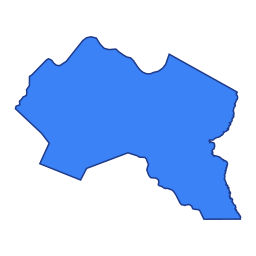 Ngchesechang, Airai, Palau (Albers equal-area conic projection)
{"feature_id": "81905179B88239301587184", "entity_name": "Ngchesechang", "entity_type": "district", "adm_level": 2, "iso_a3": "PLW", "parent_name": "Palau", "parent_adm1": "Airai", "projection": "albers", "projection_center": [134.583, 7.399], "detail": "fine", "context": "isolated", "style": "filled", "palette": "blue", "viewbox_px": 256, "rotation_deg": 0, "n_neighbors": 0, "source": "geoboundaries", "source_scale": "gbopen_adm2", "svg_char_len": 5820}
<svg xmlns="http://www.w3.org/2000/svg" viewBox="0 0 256 256"><path d="M15.4,108.7L41.5,133.2L49.2,143.2L39.8,163.7L62.3,172.7L80.6,180.0L86.6,168.4L127.9,152.8L137.1,155.7L139.3,157.1L145.0,157.5L146.3,158.9L147.3,161.7L148.5,164.6L147.7,166.3L147.5,167.3L146.8,169.8L147.8,172.7L148.6,174.8L149.7,176.6L150.9,177.7L155.5,178.0L156.5,178.4L158.4,179.9L158.8,181.7L158.3,184.8L159.3,185.7L161.9,186.5L163.6,187.8L165.4,188.5L166.9,188.3L168.5,188.7L172.3,190.1L173.1,191.0L174.2,192.2L176.1,195.2L179.9,202.7L180.8,203.9L181.5,204.7L183.0,204.9L184.2,205.3L185.2,205.4L186.4,204.8L187.9,204.7L189.0,204.5L190.6,205.3L191.6,206.0L192.7,208.7L193.8,209.1L198.4,209.7L199.6,210.3L203.9,219.2L240.3,219.1L240.3,218.7L240.4,217.6L240.6,217.2L240.5,216.8L240.3,216.2L240.0,216.2L239.9,215.8L239.5,215.1L239.2,214.7L238.9,214.6L238.7,213.6L238.4,213.2L238.1,212.9L237.8,212.9L237.6,212.7L237.4,212.5L237.2,212.1L236.9,212.0L236.9,211.4L236.8,211.1L236.7,211.0L236.5,210.9L236.5,210.7L236.5,210.4L236.3,210.0L236.2,210.0L236.1,209.9L236.0,209.7L235.8,209.7L235.6,209.8L235.6,209.7L235.8,209.4L235.7,209.1L235.6,208.8L235.1,208.6L235.4,208.2L235.8,207.5L235.5,207.0L235.6,206.4L235.4,206.1L235.3,205.6L234.9,205.1L233.8,204.6L233.5,204.1L233.3,203.7L233.2,203.2L232.8,202.5L232.6,202.2L232.4,202.2L232.2,201.7L231.9,201.5L232.3,201.2L232.4,200.5L232.5,199.4L232.0,199.0L231.7,198.4L231.2,198.3L230.8,198.7L230.5,198.8L230.4,198.5L230.2,198.5L230.1,198.1L230.1,197.5L229.9,197.4L230.2,197.1L230.1,196.7L229.9,196.6L229.8,196.4L229.8,196.0L229.5,195.9L229.6,195.6L229.9,195.2L230.1,194.9L229.9,194.5L230.0,194.0L229.8,193.8L230.2,193.6L230.5,193.1L230.2,192.1L229.8,191.9L229.5,192.0L229.7,191.6L229.5,191.1L229.2,190.6L229.0,189.8L228.8,189.3L228.8,188.5L228.3,188.4L228.6,188.1L228.7,187.7L228.3,187.6L228.4,187.4L228.0,187.0L227.8,187.1L227.6,187.0L227.9,186.7L227.7,185.8L227.2,185.6L227.4,185.6L227.5,185.4L227.1,185.2L226.8,185.2L226.4,185.3L226.2,184.9L226.7,184.8L226.7,184.5L226.4,184.3L226.3,183.2L226.0,182.6L225.6,181.9L225.4,181.3L225.3,180.8L224.9,180.0L224.7,179.1L224.2,178.9L224.5,178.3L224.6,177.6L224.9,176.9L224.7,175.5L224.5,175.4L224.7,175.1L224.7,174.7L224.6,174.0L225.0,173.8L225.5,172.9L225.6,171.9L225.3,171.6L225.6,171.0L225.9,170.6L225.6,170.4L226.0,170.2L226.0,169.7L226.2,169.1L226.1,168.5L226.4,168.2L226.2,167.8L226.7,167.6L226.8,166.2L227.0,166.0L226.9,165.8L227.2,165.7L227.5,164.0L227.3,162.8L227.0,162.1L226.5,161.6L226.2,161.3L225.7,161.0L225.1,160.8L224.7,160.7L224.3,160.7L224.0,160.8L223.9,160.7L224.0,160.4L223.9,160.1L223.6,159.8L223.3,159.8L223.1,159.6L222.8,159.5L222.4,159.5L222.3,159.3L222.0,159.1L221.7,159.0L221.6,158.7L221.2,158.4L220.4,157.7L220.0,157.4L219.7,157.1L219.2,157.1L219.0,156.8L218.2,156.5L217.6,156.4L216.6,156.1L215.7,155.9L215.4,155.8L215.2,155.8L214.8,155.8L214.4,156.1L214.2,156.3L214.0,156.2L213.9,156.0L213.7,155.6L213.6,155.2L213.4,155.1L213.1,155.1L212.9,154.8L212.9,154.6L212.7,154.5L212.8,154.1L212.7,153.8L212.6,153.5L212.4,153.4L211.8,153.5L211.8,153.3L212.5,152.9L212.7,152.5L212.8,152.1L212.6,151.8L212.4,151.6L212.1,151.5L212.1,151.1L212.1,150.9L212.3,150.4L212.6,149.6L213.1,149.3L213.7,149.1L214.1,148.6L214.1,147.9L214.2,147.5L214.4,147.2L214.7,146.6L214.7,145.9L214.5,145.3L214.3,145.0L214.5,144.7L214.5,144.2L214.2,143.4L213.9,143.0L213.5,142.8L213.2,142.7L212.9,142.6L212.3,142.4L211.8,142.4L211.5,142.2L211.1,141.9L210.7,141.9L210.3,141.7L210.0,142.0L209.9,142.2L209.8,142.5L209.7,142.4L209.7,142.0L209.6,141.9L209.3,141.8L209.3,141.7L209.5,141.6L209.6,141.1L209.7,140.9L209.5,140.7L209.5,140.4L209.3,140.2L209.8,139.9L210.1,140.0L210.4,140.1L210.8,140.0L211.6,140.0L212.6,140.1L213.0,140.0L213.4,139.8L213.6,139.6L214.3,138.9L215.0,138.5L215.2,138.2L215.9,137.9L217.0,137.5L217.9,137.2L218.7,137.1L219.1,136.9L219.7,136.7L220.1,136.5L220.3,136.3L220.6,135.9L220.9,135.6L221.1,135.5L221.4,135.3L222.2,135.0L222.5,134.7L222.9,134.4L223.0,134.0L223.0,133.6L223.4,133.2L223.7,132.9L223.9,132.6L224.0,132.3L223.9,132.1L224.3,132.2L224.5,132.0L224.7,131.9L225.2,131.6L226.0,131.3L226.6,130.9L227.1,130.6L227.2,130.4L227.5,130.3L227.7,130.1L227.6,129.9L227.4,129.6L227.4,129.4L228.0,129.5L228.3,129.6L228.5,129.3L228.6,129.0L228.6,128.6L228.4,128.3L228.0,128.1L228.5,127.7L228.9,127.2L229.1,126.5L228.9,125.8L229.3,125.4L229.9,125.2L230.2,125.0L230.5,124.4L230.7,123.9L230.5,123.6L230.2,123.3L229.8,123.2L229.6,122.8L229.8,122.8L230.2,122.9L230.6,122.8L230.8,122.4L230.9,122.1L231.1,122.0L231.5,121.7L231.8,121.3L231.9,120.9L232.1,120.4L232.0,119.2L232.5,118.7L232.5,118.1L232.9,117.9L233.1,117.5L233.6,117.0L233.8,116.4L233.8,116.2L233.8,115.9L233.6,115.4L233.2,115.4L233.2,115.1L233.8,114.6L234.0,113.8L233.8,113.2L233.8,112.2L233.7,111.9L233.3,111.6L233.2,111.1L233.4,110.5L233.5,110.1L233.4,109.9L233.6,109.5L233.7,108.7L233.8,108.1L234.0,107.5L234.2,107.1L234.4,107.0L234.7,106.7L235.0,106.4L234.9,105.9L235.2,105.6L235.3,105.2L235.2,104.7L234.6,104.2L234.9,103.9L234.7,103.4L234.9,103.3L235.5,102.8L235.7,102.4L235.9,101.4L236.2,100.8L236.5,100.3L236.5,100.0L236.8,99.8L237.2,99.4L237.3,98.8L237.4,98.3L237.6,98.0L237.6,97.1L237.4,96.4L237.3,95.9L237.0,95.6L236.9,95.3L236.7,95.2L236.4,95.0L236.4,94.7L236.5,93.9L236.3,93.6L236.3,93.2L236.6,93.1L236.9,92.9L237.1,92.7L237.0,92.3L237.0,92.0L169.2,54.2L165.6,64.6L162.4,68.4L158.3,71.3L153.3,72.5L150.4,73.8L146.7,73.8L143.1,72.4L140.3,70.2L137.4,66.6L133.6,60.8L130.7,57.9L126.8,57.0L123.2,54.9L122.8,54.6L119.2,52.1L115.9,49.1L112.6,49.3L109.3,49.6L106.0,48.9L104.0,48.2L100.2,44.3L96.5,38.4L96.2,38.0L90.8,36.8L86.5,37.8L82.7,40.7L66.3,61.3L59.7,65.7L56.2,65.2L53.5,62.9L51.9,60.5L50.3,59.5L48.5,58.8L46.4,60.0L31.8,75.0L29.5,76.5L29.4,85.6L26.5,89.8L26.8,92.2L26.4,95.5L23.2,96.9L21.4,99.4L19.5,101.2L19.8,104.8L16.1,106.2L15.4,108.7Z" fill="#3b82f6" stroke="#1e3a8a" stroke-width="1.5"/></svg>